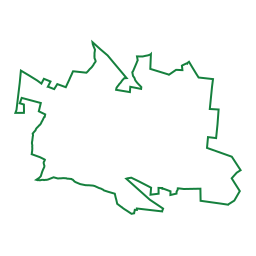 Abalá, Yucatán, Mexico
{"feature_id": "50627088B14708178050051", "entity_name": "Abalá", "entity_type": "district", "adm_level": 2, "iso_a3": "MEX", "parent_name": "Mexico", "parent_adm1": "Yucatán", "projection": "mercator", "projection_center": [-89.689, 20.66], "detail": "fine", "context": "isolated", "style": "outline", "palette": "green", "viewbox_px": 256, "rotation_deg": 0, "n_neighbors": 0, "source": "geoboundaries", "source_scale": "gbopen_adm2", "svg_char_len": 3726}
<svg xmlns="http://www.w3.org/2000/svg" viewBox="0 0 256 256"><path d="M44.9,159.8L44.2,161.4L43.9,161.7L43.6,162.9L44.2,165.3L44.4,165.7L44.3,166.9L43.0,169.7L42.1,172.0L40.8,176.2L39.3,177.8L36.3,179.8L37.7,180.2L38.8,180.1L39.4,180.2L39.8,180.3L40.5,180.2L40.8,180.1L41.8,179.9L42.6,179.9L43.0,179.8L44.0,180.1L45.1,179.9L46.1,179.9L47.8,179.6L53.6,177.3L57.2,178.3L58.0,178.5L59.7,178.3L61.2,178.3L63.3,178.1L66.4,178.3L67.2,178.7L68.4,178.7L71.5,179.0L72.1,179.5L72.8,179.7L73.2,180.1L73.8,180.8L74.0,180.9L74.4,181.4L74.5,181.5L75.9,182.3L76.2,182.4L80.2,184.1L85.6,185.2L89.2,185.3L93.0,185.6L94.6,186.0L99.2,188.1L100.7,188.5L103.1,189.7L103.9,190.4L108.2,191.8L114.8,193.7L115.6,197.3L116.4,200.2L117.2,203.8L119.7,205.7L121.0,206.7L121.9,207.2L122.3,207.7L122.9,208.1L124.3,209.1L127.0,210.8L131.5,213.8L134.1,213.3L134.1,212.8L134.4,211.9L134.8,209.8L136.9,209.9L136.9,208.5L162.1,211.4L162.1,210.9L162.6,210.0L163.1,208.6L149.8,199.7L126.3,178.7L127.6,178.3L131.3,177.7L138.7,181.3L151.1,187.7L150.5,194.7L158.6,193.7L158.5,187.9L161.5,188.0L162.3,188.0L162.4,188.8L162.5,188.8L164.0,188.9L170.5,191.3L170.4,195.0L176.5,193.6L176.6,191.6L177.7,189.7L177.8,188.3L178.1,188.3L183.8,189.0L200.4,188.7L200.6,200.8L211.4,202.3L220.8,203.6L228.2,204.7L228.6,204.2L234.3,200.6L239.8,191.1L234.7,183.1L231.7,178.3L236.7,172.7L240.6,170.2L231.8,156.7L207.0,147.9L208.0,137.1L216.1,138.1L216.5,134.2L217.5,124.4L218.6,109.5L209.8,109.0L212.0,87.0L213.0,79.1L198.6,77.5L196.3,73.9L192.4,67.5L189.0,61.8L187.4,63.0L187.2,63.7L186.3,63.5L182.5,65.3L182.4,65.4L181.9,65.7L182.2,68.0L182.4,70.1L182.1,70.1L181.5,70.1L177.6,69.9L176.0,69.9L169.0,74.7L168.9,74.6L150.3,68.9L150.9,54.1L150.7,54.3L148.5,55.2L147.3,55.5L145.2,55.9L143.5,56.3L142.6,56.5L137.0,56.4L137.7,60.3L137.1,61.5L136.6,62.9L133.0,71.3L132.3,72.2L133.0,75.9L134.3,77.7L134.6,78.3L135.0,79.6L135.3,80.3L135.8,81.0L137.1,82.7L138.6,84.3L140.6,86.3L141.0,86.8L141.3,87.1L141.1,88.9L130.3,86.8L129.9,92.1L116.6,89.9L116.1,89.8L116.5,87.9L117.0,87.1L118.0,85.8L118.7,85.0L118.9,84.5L120.7,82.6L122.2,80.4L123.5,79.0L124.3,78.2L125.4,78.2L126.6,78.1L114.6,63.8L114.0,63.1L107.6,55.4L100.3,49.2L92.5,42.2L92.8,44.3L93.0,44.7L93.5,46.2L95.0,49.7L94.9,50.3L94.8,51.2L94.5,52.9L94.5,53.9L94.5,55.1L94.5,55.9L94.5,56.0L94.4,56.1L94.5,57.0L94.5,58.0L94.6,58.4L95.0,59.2L95.4,60.3L95.6,61.0L95.6,61.3L95.6,61.5L95.3,62.0L94.6,62.9L93.8,64.1L93.3,65.1L93.0,65.5L92.4,66.3L92.1,66.7L92.0,66.8L91.7,67.3L91.4,67.5L91.0,67.9L90.7,68.3L89.9,68.9L87.8,71.4L87.3,71.8L87.0,72.2L86.4,72.7L73.4,71.3L73.0,71.3L71.4,75.0L71.2,75.4L71.1,75.5L70.8,76.3L70.4,77.1L70.0,78.0L69.6,78.9L69.3,79.7L68.9,80.5L68.7,80.9L68.5,81.4L68.1,82.2L65.8,87.2L57.3,84.1L54.2,89.1L48.0,86.7L47.9,86.7L50.5,81.5L43.9,78.8L41.4,83.6L37.2,80.5L29.3,75.6L20.9,70.6L19.7,83.1L18.0,97.2L16.5,109.8L15.4,112.9L23.9,112.9L24.0,111.1L23.9,104.5L19.8,103.3L21.7,97.9L33.7,101.1L40.8,103.0L38.8,111.3L45.2,114.4L44.7,116.9L44.4,117.0L44.0,117.2L43.7,118.0L43.4,118.5L43.2,118.9L43.1,119.2L42.9,119.6L42.7,120.0L42.4,120.6L42.1,121.1L41.7,121.8L41.4,122.3L41.4,122.5L41.0,123.3L40.8,123.7L40.6,124.0L40.3,124.3L39.9,124.8L39.7,125.1L39.1,125.4L38.6,126.1L38.2,126.5L37.4,127.3L36.7,128.0L36.4,128.4L35.8,129.3L35.6,130.1L35.4,130.5L34.6,131.3L34.2,131.8L33.9,132.1L33.6,132.4L33.2,133.1L32.7,133.5L32.8,134.3L33.0,134.9L33.0,135.7L32.8,136.3L32.7,136.9L32.7,137.2L32.6,137.9L32.5,138.9L32.4,139.3L32.4,139.8L32.3,140.7L32.1,141.3L32.1,141.9L31.9,143.0L32.1,144.2L32.2,144.7L32.3,145.3L32.3,145.6L32.3,146.0L32.2,146.3L32.2,146.9L32.3,148.0L32.3,148.7L32.3,149.2L32.2,149.6L32.2,150.1L32.2,150.8L31.9,152.5L31.9,153.1L31.7,154.2L40.0,157.2L44.6,159.5L44.9,159.8Z" fill="none" stroke="#15803d" stroke-width="2"/></svg>